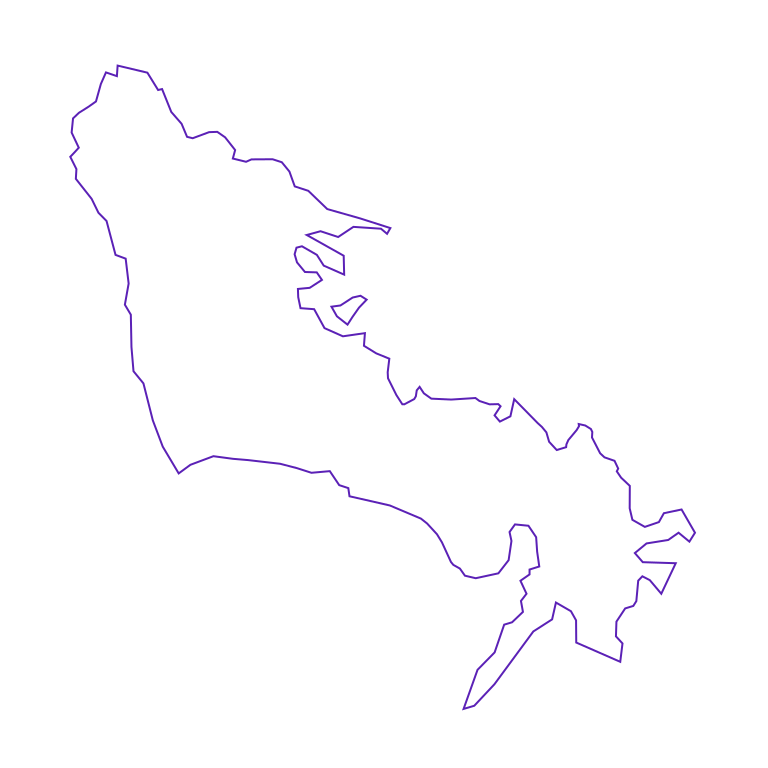 Plaquemines, Louisiana, United States of America (Robinson projection), rotated 358°
{"feature_id": "52423323B22525297064489", "entity_name": "Plaquemines", "entity_type": "district", "adm_level": 2, "iso_a3": "USA", "parent_name": "United States of America", "parent_adm1": "Louisiana", "projection": "robinson", "projection_center": [-89.516, 29.417], "detail": "fine", "context": "isolated", "style": "outline", "palette": "violet", "viewbox_px": 768, "rotation_deg": 358, "n_neighbors": 0, "source": "geoboundaries", "source_scale": "gbopen_adm2", "svg_char_len": 2631}
<svg xmlns="http://www.w3.org/2000/svg" viewBox="0 0 768 768"><g transform="rotate(358 384 384)"><path d="M172.5,81.5L168.5,82.3L158.4,64.6L128.9,56.5L127.8,67.0L117.0,62.9L111.5,74.3L106.0,91.6L98.2,96.7L88.6,102.3L82.5,107.7L80.6,121.8L87.2,137.2L83.1,141.4L78.4,146.0L84.1,158.5L83.2,168.2L98.3,188.8L104.6,202.9L112.4,211.4L120.2,245.6L130.2,249.7L132.3,274.7L127.8,295.7L133.4,305.9L132.9,338.2L134.1,362.5L143.6,375.0L151.7,412.3L160.7,438.9L175.7,466.2L187.7,458.0L211.0,450.2L230.4,453.5L245.5,455.3L277.4,460.1L293.9,465.0L308.4,470.2L326.8,469.2L335.7,483.5L344.7,486.8L345.6,495.0L385.6,505.6L416.2,519.8L422.2,524.9L431.7,536.0L436.4,544.3L444.7,564.2L447.0,567.2L453.4,571.1L458.2,578.4L468.9,581.3L491.7,577.2L502.4,564.4L505.9,545.3L504.3,536.3L510.0,528.9L523.4,530.7L530.7,542.4L531.2,556.9L532.8,571.8L523.0,574.5L522.8,579.4L513.5,585.4L519.1,598.6L513.3,605.6L514.9,616.6L503.7,626.6L495.7,628.7L485.2,656.1L467.5,672.9L452.2,711.5L459.2,709.7L463.0,708.7L483.9,687.9L524.6,636.5L543.8,625.1L548.2,608.4L562.9,617.6L567.7,626.9L567.1,649.1L610.4,669.9L613.3,651.6L607.0,644.3L608.0,629.6L617.2,616.7L625.4,614.5L628.6,609.8L631.2,589.4L635.5,585.2L642.8,589.3L653.8,603.3L669.3,573.3L636.4,571.1L628.8,561.7L640.8,552.5L662.6,549.8L673.2,542.9L683.7,552.2L689.6,543.5L677.0,519.8L659.2,522.9L653.9,531.6L639.7,535.9L627.5,528.4L625.2,516.8L626.1,494.4L617.7,485.9L613.6,479.4L615.1,476.7L611.7,468.8L601.8,465.0L597.6,460.8L590.0,444.7L590.5,439.2L589.2,436.2L583.7,432.5L577.2,430.8L577.4,433.0L574.9,436.8L566.3,446.4L564.2,450.7L563.8,453.5L554.3,456.0L547.0,447.5L544.6,438.0L540.3,432.4L536.2,428.4L513.6,403.7L509.2,420.7L498.5,425.6L493.4,419.2L499.7,410.3L497.5,408.1L488.8,408.0L478.8,404.3L474.9,401.2L450.7,401.9L430.8,400.3L423.5,394.7L419.5,388.1L416.5,391.5L415.4,397.4L413.7,400.1L403.6,405.0L401.6,404.9L396.0,395.5L388.2,378.4L388.1,372.4L390.2,358.9L377.3,353.1L365.3,345.1L366.7,332.5L344.6,334.9L326.5,326.1L316.8,306.8L303.2,305.3L301.3,294.2L301.3,286.0L313.1,285.3L325.6,277.8L320.7,270.1L308.9,269.3L301.3,259.4L299.2,251.2L301.3,244.7L306.8,243.5L321.4,252.6L327.9,263.6L348.0,273.3L348.2,254.4L312.0,232.4L325.9,229.1L343.3,235.5L358.9,225.9L386.4,228.7L392.3,234.0L395.8,228.4L366.0,217.7L333.4,207.2L315.1,188.3L301.7,183.4L296.9,168.4L289.6,158.8L280.5,155.5L259.4,154.9L253.9,157.1L240.8,153.4L243.4,145.0L233.8,131.9L226.2,126.2L218.0,126.2L201.4,131.7L195.8,130.1L190.8,116.9L180.9,104.7L172.5,81.5ZM334.2,304.9L339.3,314.7L349.6,323.4L354.9,315.8L361.7,306.8L369.6,299.1L363.6,295.0L355.7,296.5L343.2,304.0L334.2,304.9Z" fill="none" stroke="#5b21b6" stroke-width="2"/></g></svg>